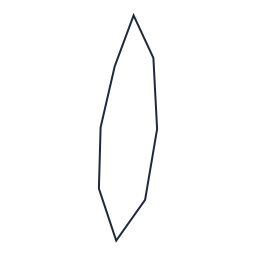 the border of Grand Turk
{"feature_id": "TCA-5007", "entity_name": "Grand Turk", "entity_type": "state/province", "adm_level": 1, "iso_a3": "TCA", "parent_name": "Turks and Caicos Islands", "parent_adm1": "", "projection": "mercator", "projection_center": [-71.14, 21.473], "detail": "fine", "context": "isolated", "style": "outline", "palette": "slate", "viewbox_px": 256, "rotation_deg": 0, "n_neighbors": 0, "source": "natural_earth", "source_scale": "10m", "svg_char_len": 230}
<svg xmlns="http://www.w3.org/2000/svg" viewBox="0 0 256 256"><path d="M133.6,15.4L153.4,58.0L157.1,129.1L145.1,199.8L116.2,240.6L98.9,188.6L100.6,127.4L114.7,66.4L133.6,15.4Z" fill="none" stroke="#1e293b" stroke-width="2"/></svg>